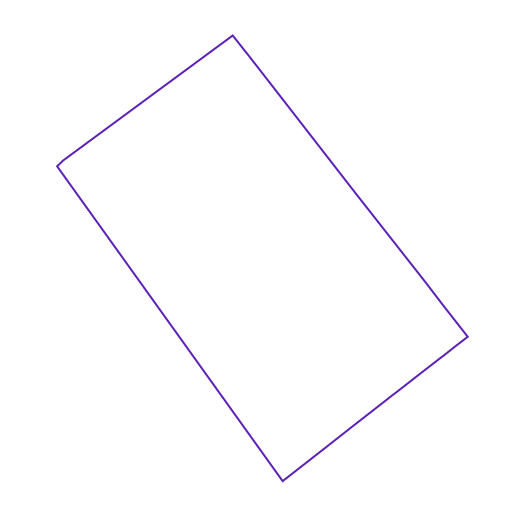 the district of McDonald, Missouri, United States of America, rotated 232°
{"feature_id": "52423323B38685090591700", "entity_name": "McDonald", "entity_type": "district", "adm_level": 2, "iso_a3": "USA", "parent_name": "United States of America", "parent_adm1": "Missouri", "projection": "albers", "projection_center": [-94.424, 36.633], "detail": "fine", "context": "isolated", "style": "outline", "palette": "violet", "viewbox_px": 512, "rotation_deg": 232, "n_neighbors": 0, "source": "geoboundaries", "source_scale": "gbopen_adm2", "svg_char_len": 487}
<svg xmlns="http://www.w3.org/2000/svg" viewBox="0 0 512 512"><g transform="rotate(232 256 256)"><path d="M444.1,373.4L450.0,162.8L449.1,154.5L62.2,138.4L62.2,195.6L62.3,223.7L62.3,225.0L62.3,273.7L62.3,278.7L62.2,285.5L62.2,304.3L62.2,312.2L62.1,340.1L62.1,340.9L62.0,342.5L62.1,357.0L62.1,359.4L62.0,373.1L103.4,373.1L131.6,373.4L243.4,373.1L308.3,373.3L370.4,373.5L419.8,373.6L420.4,373.6L427.7,373.5L428.9,373.5L444.1,373.4Z" fill="none" stroke="#5b21b6" stroke-width="2"/></g></svg>